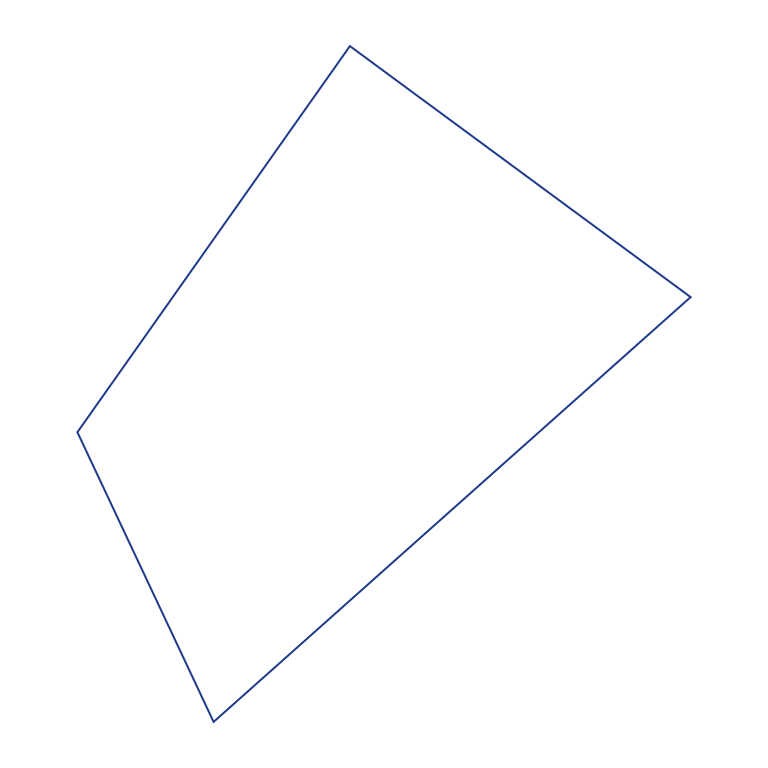 SVG path tracing the border of Saint Louis
{"feature_id": "SYC-5219", "entity_name": "Saint Louis", "entity_type": "state/province", "adm_level": 1, "iso_a3": "SYC", "parent_name": "Seychelles", "parent_adm1": "", "projection": "robinson", "projection_center": [55.437, -4.623], "detail": "fine", "context": "isolated", "style": "outline", "palette": "blue", "viewbox_px": 768, "rotation_deg": 0, "n_neighbors": 0, "source": "natural_earth", "source_scale": "10m", "svg_char_len": 184}
<svg xmlns="http://www.w3.org/2000/svg" viewBox="0 0 768 768"><path d="M77.4,432.2L349.9,46.1L690.6,297.1L213.6,721.9L77.4,432.2Z" fill="none" stroke="#1e3a8a" stroke-width="2"/></svg>